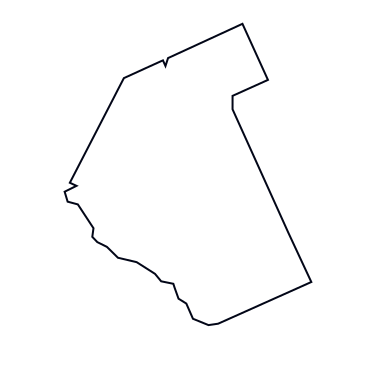 outline of Monroe, Georgia, United States of America, rotated 155°
{"feature_id": "52423323B60708151075896", "entity_name": "Monroe", "entity_type": "district", "adm_level": 2, "iso_a3": "USA", "parent_name": "United States of America", "parent_adm1": "Georgia", "projection": "equal_earth", "projection_center": [-83.869, 33.025], "detail": "fine", "context": "isolated", "style": "outline", "palette": "ink", "viewbox_px": 384, "rotation_deg": 155, "n_neighbors": 0, "source": "geoboundaries", "source_scale": "gbopen_adm2", "svg_char_len": 578}
<svg xmlns="http://www.w3.org/2000/svg" viewBox="0 0 384 384"><g transform="rotate(155 192 192)"><path d="M121.9,60.0L121.9,114.4L121.0,189.5L120.3,249.8L114.6,262.0L75.8,261.5L75.2,323.1L157.1,323.5L162.8,317.4L162.7,323.6L181.5,323.8L205.6,324.0L216.4,315.7L221.4,311.8L298.8,252.0L294.1,246.4L307.3,246.1L308.8,235.8L300.7,229.0L296.6,200.8L301.3,193.5L299.0,186.6L292.3,178.2L286.9,163.7L271.8,151.8L260.1,133.4L257.7,124.1L247.7,116.7L248.2,112.7L249.3,101.0L244.3,93.3L244.7,76.7L233.3,64.4L224.0,61.6L121.9,60.0Z" fill="none" stroke="#020617" stroke-width="2"/></g></svg>